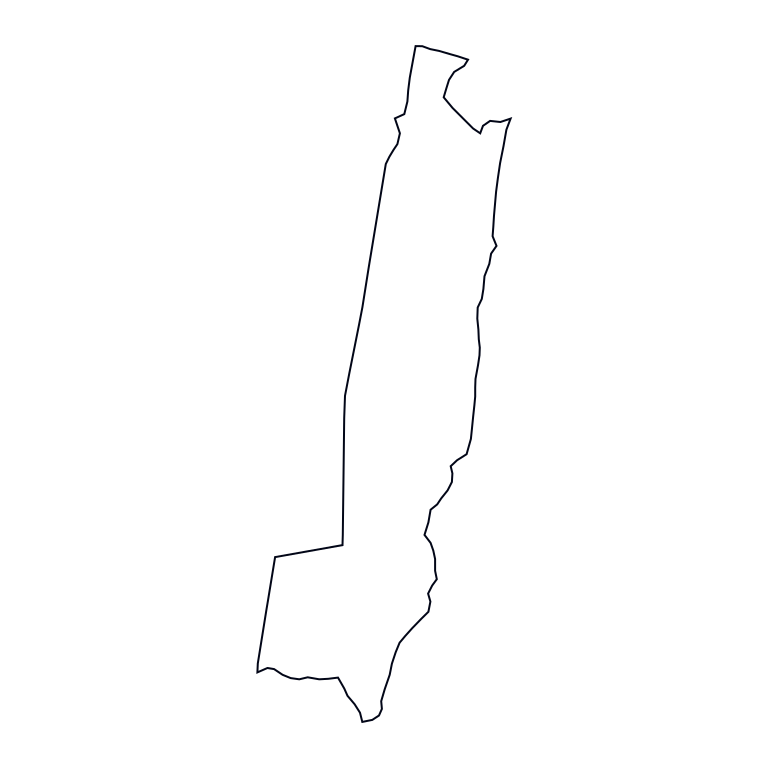 outline of Itaitinga, Ceará, Brazil
{"feature_id": "56859067B58335348194299", "entity_name": "Itaitinga", "entity_type": "district", "adm_level": 2, "iso_a3": "BRA", "parent_name": "Brazil", "parent_adm1": "Ceará", "projection": "robinson", "projection_center": [-38.541, -3.991], "detail": "fine", "context": "isolated", "style": "outline", "palette": "ink", "viewbox_px": 768, "rotation_deg": 0, "n_neighbors": 0, "source": "geoboundaries", "source_scale": "gbopen_adm2", "svg_char_len": 1529}
<svg xmlns="http://www.w3.org/2000/svg" viewBox="0 0 768 768"><path d="M496.5,245.9L492.6,236.2L493.3,227.0L494.0,215.7L496.1,191.7L497.9,178.0L500.1,163.1L503.5,146.2L506.4,129.7L510.6,118.6L500.4,122.0L490.1,120.9L483.0,125.8L480.2,133.3L473.1,128.5L464.6,120.0L452.5,107.9L443.7,97.3L446.5,87.9L449.0,79.9L454.2,71.9L464.2,65.8L468.0,59.7L457.8,56.3L450.3,54.2L439.0,50.9L430.2,49.1L422.3,46.2L415.6,46.1L409.8,77.6L408.2,90.4L407.4,101.5L404.3,114.1L394.9,118.4L399.9,133.3L397.4,144.1L393.5,149.9L389.4,156.7L385.8,164.0L368.8,266.9L362.4,307.3L359.1,324.4L349.3,373.4L345.0,395.8L344.2,418.1L342.8,534.9L342.5,545.1L275.1,557.1L267.8,601.6L266.5,609.3L257.8,663.5L257.4,672.4L267.4,668.0L274.1,669.1L282.6,674.8L290.7,678.1L299.3,679.3L307.7,677.3L319.2,679.3L328.3,678.8L338.0,677.6L344.3,688.6L347.5,695.8L354.6,704.2L360.0,712.7L362.3,721.9L372.3,719.9L379.0,715.5L381.9,708.9L381.2,701.2L384.7,689.3L389.7,674.8L391.9,663.7L395.7,652.2L399.6,642.7L405.3,635.9L412.3,628.1L421.2,618.9L428.4,611.8L430.4,601.6L428.1,593.6L432.2,585.5L436.8,579.2L435.1,570.8L435.1,559.0L433.3,550.6L430.6,542.9L424.5,534.9L428.4,522.4L430.6,509.7L437.2,504.4L441.2,498.4L447.6,490.4L451.9,482.0L452.4,473.4L450.7,466.2L457.1,460.2L466.6,454.2L470.9,438.9L471.9,429.2L473.1,417.1L474.4,405.1L475.2,396.6L475.2,387.5L475.5,378.9L478.0,365.3L479.5,355.3L479.8,347.6L478.8,339.3L478.4,329.6L477.3,318.6L477.7,307.5L481.8,298.9L483.4,289.0L484.5,276.2L489.3,263.9L491.1,253.6L496.5,245.9Z" fill="none" stroke="#020617" stroke-width="2"/></svg>